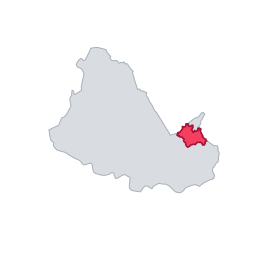 location of Poni, Poni, Burkina Faso, rotated 239°
{"feature_id": "67063806B8041269423759", "entity_name": "Poni", "entity_type": "district", "adm_level": 2, "iso_a3": "BFA", "parent_name": "Burkina Faso", "parent_adm1": "Poni", "projection": "natural_earth1", "projection_center": [-3.327, 10.311], "detail": "fine", "context": "in_parent", "style": "filled", "palette": "rose", "viewbox_px": 256, "rotation_deg": 239, "n_neighbors": 0, "source": "geoboundaries", "source_scale": "gbopen_adm2", "svg_char_len": 7026}
<svg xmlns="http://www.w3.org/2000/svg" viewBox="0 0 256 256"><g transform="rotate(239 128 128)"><path d="M182.7,160.5L177.0,160.8L174.9,161.5L173.7,161.5L173.6,160.9L173.5,160.5L166.3,158.5L161.3,157.3L156.1,156.0L155.9,157.3L155.1,158.1L154.0,158.1L153.2,157.9L152.7,158.9L151.9,160.1L150.7,160.7L149.5,161.5L148.9,162.2L148.4,162.2L147.2,160.6L145.7,160.4L142.8,160.7L141.5,160.3L139.7,160.1L135.5,160.4L128.7,159.7L127.6,160.1L127.4,160.4L120.7,160.5L113.4,160.5L107.2,160.6L101.8,160.7L101.8,160.4L100.1,160.4L99.9,160.9L98.4,167.3L98.2,170.8L99.0,173.0L100.0,174.4L101.0,175.0L101.1,175.8L100.3,176.8L100.3,177.8L101.3,178.9L101.5,180.0L101.0,181.2L101.2,184.0L101.9,188.5L101.9,191.4L101.2,192.7L101.5,194.9L102.9,198.2L103.1,199.5L102.6,200.1L101.5,201.0L100.4,200.9L99.1,199.0L98.6,198.1L97.5,196.2L96.6,194.2L95.4,193.3L94.2,192.5L92.8,190.0L91.4,188.8L89.9,189.2L87.8,188.7L83.5,188.1L78.8,188.3L76.9,188.8L75.0,189.7L70.2,191.8L68.3,192.8L66.8,195.3L65.2,195.2L63.5,194.4L62.5,193.3L60.3,193.5L58.2,192.4L56.1,190.2L54.6,189.5L52.7,187.9L52.2,184.9L50.9,182.8L49.8,179.9L48.1,178.6L46.2,177.9L43.6,178.0L41.8,176.9L40.4,175.1L40.8,173.7L41.4,171.5L41.5,169.5L41.9,166.2L41.7,162.1L41.2,159.2L42.7,158.0L44.4,157.0L45.4,155.0L46.5,150.6L47.0,146.8L46.7,145.4L46.1,144.3L45.7,142.7L45.4,140.7L45.7,139.0L47.0,137.4L48.6,136.0L49.8,135.4L52.8,134.7L56.6,133.7L58.7,132.6L60.3,131.4L61.2,130.5L62.1,128.7L63.6,127.2L64.7,125.8L64.9,121.8L64.9,119.5L64.1,118.2L63.6,117.2L69.2,114.0L69.3,111.8L68.5,109.3L67.4,107.3L67.0,105.6L68.5,103.6L69.9,102.1L70.9,100.8L73.1,98.8L75.4,98.3L77.5,99.1L83.6,103.7L84.7,104.0L85.9,103.6L87.6,102.4L89.7,101.5L90.4,98.4L90.4,93.8L90.8,91.7L91.9,91.3L95.5,92.2L96.4,92.3L97.4,92.0L98.2,91.2L98.1,89.7L98.0,88.4L99.1,84.2L101.2,81.0L105.4,77.0L106.8,76.2L108.3,75.8L115.9,78.5L117.1,77.9L119.0,71.1L121.0,70.4L123.5,70.3L125.1,69.7L125.9,69.3L129.5,66.7L135.9,63.2L139.3,61.7L140.0,61.1L142.4,58.7L145.7,55.8L147.7,55.2L150.6,55.0L152.4,55.5L152.9,56.3L153.5,56.7L157.2,55.5L162.6,57.4L167.2,59.3L166.9,60.5L166.9,62.7L166.5,66.0L166.1,70.0L168.0,72.6L170.3,75.4L170.9,76.5L170.3,79.3L170.8,80.9L172.0,83.6L174.1,87.0L176.2,90.5L177.7,91.0L179.1,91.3L179.9,91.9L181.2,92.5L182.4,92.9L183.5,93.7L184.2,94.5L185.0,96.6L187.4,98.1L189.1,99.5L188.4,100.2L186.4,99.9L184.4,99.3L184.2,100.3L184.1,104.3L184.4,107.6L184.9,108.1L186.8,108.7L191.6,113.0L195.8,117.1L197.2,118.1L199.6,118.5L202.2,118.7L203.3,118.3L205.9,116.3L207.2,116.0L208.5,116.1L209.2,116.4L210.4,118.1L211.5,120.6L211.9,122.5L211.8,123.5L211.4,123.9L209.3,124.4L208.4,124.7L208.2,125.3L208.5,126.5L208.9,127.3L211.2,131.0L214.5,135.9L215.6,137.2L215.0,138.6L213.3,142.5L212.1,144.1L206.6,149.5L203.9,148.9L198.2,150.0L197.3,148.7L196.0,148.6L194.3,148.8L193.7,149.3L193.6,149.8L193.0,150.5L191.9,152.7L191.1,153.3L190.1,153.6L188.9,153.5L188.1,153.8L188.1,154.9L187.9,155.8L187.1,156.3L186.7,157.3L186.8,158.4L186.3,158.8L185.2,158.6L184.6,158.3L184.0,159.6L183.3,160.5L182.7,160.5Z" fill="#d9dde1" stroke="#a8b0b8" stroke-width="1"/><path d="M80.8,169.3L80.8,169.5L80.7,169.9L80.6,170.3L80.7,170.6L80.8,170.6L80.8,170.8L80.6,171.1L80.8,171.6L80.8,171.8L80.8,172.0L80.7,172.4L80.7,172.5L80.9,172.7L81.1,172.9L81.1,173.1L81.0,173.3L81.0,173.6L81.0,173.8L80.7,174.3L80.5,174.6L80.5,174.9L80.6,175.2L80.6,175.4L80.5,175.5L80.4,175.7L80.3,175.9L79.8,176.5L79.4,176.9L79.1,177.0L79.1,177.3L79.4,177.5L79.5,177.7L79.6,177.8L79.5,178.1L79.5,178.3L79.7,178.5L79.7,178.8L79.9,179.1L80.0,179.1L80.0,179.4L79.9,179.6L80.0,179.8L80.0,180.0L79.8,180.2L79.7,180.3L79.4,181.0L78.9,181.7L78.7,182.0L78.7,182.7L78.6,182.8L78.2,182.7L77.8,183.0L77.5,183.2L77.4,183.3L77.0,183.5L76.7,183.4L76.5,183.6L76.4,183.6L76.1,183.5L75.9,183.3L75.5,183.4L75.4,183.4L75.3,183.2L74.8,183.3L74.7,183.4L74.3,184.4L74.2,184.7L74.2,185.0L74.3,185.2L74.5,185.3L74.6,185.5L74.8,185.6L75.0,185.7L75.0,185.9L75.1,186.1L75.2,186.4L75.4,186.4L75.5,186.6L75.8,186.7L76.0,186.9L76.2,187.0L76.3,187.2L76.4,187.3L76.5,187.4L76.6,187.6L76.6,187.8L76.5,188.0L76.5,188.4L76.5,188.5L76.4,188.7L77.8,188.9L78.3,189.0L78.9,188.4L79.1,188.2L79.7,187.9L80.2,187.7L80.4,187.7L80.6,187.7L81.3,187.7L82.0,187.3L82.1,187.2L82.3,187.3L82.6,187.6L83.1,188.2L83.5,188.1L84.2,188.0L84.8,188.1L85.2,188.1L85.4,188.1L85.9,188.1L86.1,188.1L86.7,188.3L87.0,188.4L87.4,188.3L87.5,188.3L88.2,188.6L88.4,188.7L88.6,188.9L88.7,189.0L89.3,188.6L89.5,188.8L89.5,189.0L89.4,189.2L89.3,189.6L89.3,189.8L89.8,189.9L90.1,190.0L90.2,189.9L90.5,189.4L90.8,189.3L90.8,189.1L91.0,188.8L91.4,188.7L91.6,188.5L91.6,188.2L91.8,188.1L91.9,187.9L91.7,187.7L91.6,187.8L91.4,187.7L91.2,187.6L91.1,187.3L91.0,187.2L90.9,186.9L90.6,186.9L90.4,187.0L90.2,187.0L90.1,186.9L89.9,186.7L90.2,186.1L90.1,185.8L90.0,185.7L89.9,185.6L89.8,185.4L89.9,185.0L90.1,184.9L90.3,184.6L90.3,184.2L90.6,184.0L90.9,184.1L91.3,184.0L91.4,183.9L91.5,183.9L91.5,183.6L91.5,183.3L91.4,183.2L91.2,183.1L90.8,183.0L90.7,182.8L90.5,182.5L90.4,181.9L90.5,181.6L90.9,181.6L91.1,181.5L91.5,181.7L92.0,181.6L92.7,181.7L93.1,181.6L93.3,181.6L93.5,181.6L93.9,181.5L94.0,181.5L94.2,181.8L94.2,182.0L94.1,182.3L94.3,182.4L94.4,182.7L94.3,182.8L94.5,183.0L94.7,183.5L94.8,183.7L94.8,183.8L95.0,183.8L95.3,184.1L95.5,184.2L95.7,184.3L95.8,184.3L96.0,184.6L96.3,184.7L96.5,184.8L96.7,184.7L96.7,184.8L96.8,184.8L96.9,185.0L97.0,185.0L97.1,184.9L97.2,184.7L97.3,184.6L97.5,184.2L97.4,183.8L97.5,183.6L97.4,183.5L97.1,183.1L96.8,182.7L97.0,182.4L97.3,182.3L97.3,182.2L97.7,182.0L97.8,181.9L97.8,181.7L97.9,181.3L98.0,181.2L98.8,181.0L99.4,181.0L99.5,181.1L99.5,181.4L99.6,181.5L99.9,181.7L100.0,181.7L100.1,181.8L100.3,181.7L100.8,181.6L100.9,181.1L101.4,180.5L101.6,180.2L101.6,179.8L101.5,179.6L101.3,179.4L100.6,179.0L99.9,178.5L99.7,178.2L99.6,177.9L99.6,177.7L99.8,177.3L99.9,176.4L100.0,176.2L100.4,175.9L100.7,176.0L100.8,175.9L101.0,175.8L101.2,175.5L101.3,175.4L101.1,175.2L100.6,175.2L100.1,175.1L99.7,174.8L99.3,174.6L99.2,174.5L99.1,174.0L99.1,173.8L99.0,173.5L98.9,173.3L98.6,173.0L98.5,172.5L98.4,172.0L98.3,171.8L98.0,171.1L97.6,170.3L97.6,169.9L97.6,169.7L98.1,169.1L98.2,168.9L98.2,168.7L98.3,168.4L98.2,168.2L97.9,168.1L97.7,167.9L97.6,168.0L97.6,167.9L97.3,167.9L97.2,167.8L97.2,167.5L97.2,167.4L97.1,167.2L97.3,167.1L97.2,166.8L96.7,166.8L96.6,166.5L96.6,166.4L96.4,166.3L96.2,166.5L95.9,167.0L95.7,167.2L95.5,166.9L95.4,166.9L95.2,166.9L95.1,167.0L94.8,167.3L94.7,167.4L94.6,167.5L94.4,167.5L94.2,167.7L93.9,167.8L94.0,167.9L93.9,167.9L93.9,168.0L93.6,168.1L93.4,168.3L93.2,168.4L93.1,168.8L92.7,169.2L92.6,169.5L92.4,169.5L92.2,169.6L91.8,169.6L91.7,169.6L91.2,169.6L91.0,169.8L90.9,169.8L90.8,170.0L90.7,170.0L90.3,170.2L90.0,170.4L89.9,170.3L89.2,169.9L89.0,169.7L88.7,169.1L88.2,169.0L87.3,169.0L87.2,169.0L86.9,169.1L86.7,169.3L86.3,169.4L86.2,169.4L86.1,169.5L85.6,169.8L85.3,169.6L85.1,169.4L84.8,169.3L84.6,169.2L84.3,169.0L84.1,168.9L83.8,169.0L83.5,168.9L83.2,168.8L82.9,168.8L82.6,168.7L82.2,168.9L81.8,169.0L81.7,169.1L81.4,169.2L81.1,169.2L80.8,169.3Z" fill="#f43f5e" stroke="#9f1239" stroke-width="1.5"/></g></svg>